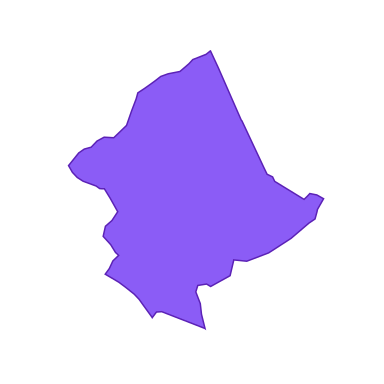 Djourf Al Ahmar, Sila, Chad (Robinson projection), rotated 216°
{"feature_id": "50815135B90510100968968", "entity_name": "Djourf Al Ahmar", "entity_type": "district", "adm_level": 2, "iso_a3": "TCD", "parent_name": "Chad", "parent_adm1": "Sila", "projection": "robinson", "projection_center": [20.609, 12.361], "detail": "fine", "context": "isolated", "style": "filled", "palette": "violet", "viewbox_px": 384, "rotation_deg": 216, "n_neighbors": 0, "source": "geoboundaries", "source_scale": "gbopen_adm2", "svg_char_len": 1238}
<svg xmlns="http://www.w3.org/2000/svg" viewBox="0 0 384 384"><g transform="rotate(216 192 192)"><path d="M101.2,89.2L112.5,98.7L119.7,106.6L130.2,113.4L132.4,119.8L126.1,126.1L121.4,126.5L112.0,146.7L118.2,161.5L118.3,161.6L107.0,168.2L94.2,187.8L84.6,212.7L79.1,235.6L76.6,242.5L79.3,249.6L80.2,251.5L80.3,252.1L81.6,263.9L89.3,263.0L95.8,260.0L95.8,259.7L96.2,256.4L97.0,251.9L99.6,251.7L117.3,250.3L131.3,249.2L135.7,251.6L139.5,250.9L141.7,250.5L148.6,254.2L193.4,278.9L194.4,279.1L243.8,308.0L260.0,317.0L260.1,316.9L261.5,311.7L269.2,299.6L269.9,293.8L272.6,282.4L280.8,273.6L285.2,267.1L287.5,259.2L289.6,252.8L291.3,247.8L294.1,240.4L291.9,234.5L288.5,222.0L284.1,207.4L287.2,189.9L295.3,184.7L298.8,177.4L299.9,169.0L304.4,163.4L306.6,157.1L307.4,140.8L300.3,137.6L293.4,136.3L286.4,136.7L273.0,140.5L268.7,140.5L266.7,141.7L264.8,143.1L254.6,138.9L240.5,132.4L240.0,122.0L240.0,121.9L241.9,113.4L237.8,103.9L233.4,103.0L226.8,101.6L218.3,98.1L215.4,97.8L214.1,97.6L215.5,89.8L215.5,89.7L213.9,81.5L213.9,74.5L198.1,76.0L190.4,75.9L178.9,75.4L171.8,74.1L167.9,72.8L164.3,71.6L150.5,67.1L150.3,67.0L150.3,67.7L150.2,73.9L150.2,74.0L146.1,77.4L101.3,89.2L101.2,89.2Z" fill="#8b5cf6" stroke="#5b21b6" stroke-width="1.5"/></g></svg>